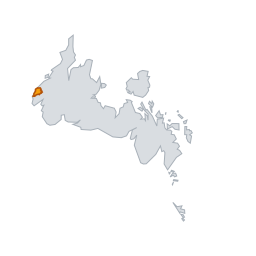 where East Sussex sits in United Kingdom, rotated 135°
{"feature_id": "GBR-2677", "entity_name": "East Sussex", "entity_type": "Administrative County", "adm_level": 1, "iso_a3": "GBR", "parent_name": "United Kingdom", "parent_adm1": "", "projection": "mercator", "projection_center": [0.265, 50.946], "detail": "fine", "context": "in_parent", "style": "filled", "palette": "amber", "viewbox_px": 256, "rotation_deg": 135, "n_neighbors": 0, "source": "natural_earth", "source_scale": "10m", "svg_char_len": 4534}
<svg xmlns="http://www.w3.org/2000/svg" viewBox="0 0 256 256"><g transform="rotate(135 128 128)"><path d="M136.4,203.4L127.0,209.6L124.0,209.2L120.4,206.0L116.7,206.4L118.2,204.8L115.0,203.4L109.3,205.4L106.9,204.0L105.4,200.9L117.6,192.9L119.4,189.1L118.4,187.9L118.1,182.3L111.7,184.3L116.3,178.1L121.8,175.1L126.6,174.4L129.1,176.0L128.4,173.5L129.5,172.9L131.1,175.2L133.0,175.1L129.5,171.3L131.0,167.3L129.7,165.2L131.3,163.0L131.7,159.0L128.4,159.9L123.7,151.7L125.1,147.7L129.8,144.3L124.2,144.4L119.7,147.6L116.4,146.3L113.5,148.0L110.2,146.3L109.2,149.3L106.8,146.1L106.4,143.7L107.6,143.6L111.8,133.7L109.4,129.9L110.2,125.4L112.8,125.2L110.0,123.0L110.4,120.9L105.9,126.2L105.8,122.7L108.3,119.4L104.0,123.6L104.0,128.5L102.1,135.9L99.8,136.4L102.7,127.9L101.4,127.7L102.4,119.1L106.2,109.0L101.1,113.5L95.8,109.8L100.2,107.1L98.8,106.1L101.8,102.0L102.1,99.4L99.5,96.4L99.4,94.6L101.9,93.0L100.1,90.5L101.6,86.1L106.5,86.1L103.7,82.2L104.5,78.7L108.2,78.2L107.3,75.7L108.1,71.8L114.5,73.0L129.6,70.4L127.9,77.0L119.3,84.5L118.8,86.7L120.8,87.4L117.7,92.4L127.0,89.7L140.4,89.8L142.6,91.7L143.6,94.5L135.7,111.4L126.8,116.8L131.5,116.2L134.0,117.7L133.8,119.0L126.2,123.5L121.5,122.1L129.7,124.9L134.6,123.5L139.6,125.9L145.0,132.4L149.6,149.0L155.8,152.8L162.2,160.1L160.9,161.9L164.4,169.6L160.2,167.2L155.9,167.4L159.9,168.0L166.1,174.6L167.0,177.8L163.6,182.5L166.2,184.2L169.3,181.3L177.1,182.1L181.3,185.2L182.3,188.4L180.6,196.6L176.7,199.3L177.1,201.5L171.4,203.6L173.0,204.3L172.9,206.4L167.8,208.3L178.7,210.1L178.5,213.2L174.6,215.6L173.7,217.7L165.4,220.5L154.5,220.5L147.6,218.2L148.5,219.5L140.8,221.2L141.6,222.9L140.8,223.3L130.2,221.3L125.8,222.8L122.7,229.6L117.1,226.9L111.2,228.7L106.9,233.0L101.1,232.4L109.4,224.5L112.8,220.3L113.5,216.8L116.0,215.9L117.2,213.1L128.7,212.8L136.4,203.4ZM97.1,161.3L90.1,161.2L90.2,159.2L86.2,154.7L82.7,159.8L79.6,159.6L76.9,158.3L73.7,153.8L78.0,151.1L76.3,149.1L80.2,147.8L82.2,142.9L83.9,141.6L85.2,142.5L86.9,139.9L92.1,138.8L95.9,139.2L100.4,146.9L98.6,150.2L101.9,149.8L103.1,152.9L102.9,154.0L100.9,152.0L101.0,155.1L102.1,155.3L101.6,157.2L99.2,157.9L97.1,161.3ZM95.1,76.1L93.7,79.8L91.2,81.7L92.6,83.2L86.8,88.8L85.4,87.5L87.9,85.3L85.7,83.6L86.5,82.6L85.3,81.7L86.0,79.1L89.3,79.7L88.7,77.4L94.7,73.2L95.1,76.1ZM95.7,93.9L95.8,97.7L100.9,99.5L97.4,103.2L96.9,100.0L93.7,100.0L88.9,95.1L93.3,90.5L95.7,93.9ZM148.2,27.5L150.4,31.8L151.6,31.2L148.9,43.7L149.0,37.7L144.9,34.8L148.0,33.7L145.9,30.1L148.2,27.5ZM99.7,117.2L93.8,118.2L95.7,114.3L93.8,112.7L96.1,111.2L99.9,114.3L99.7,117.2ZM115.8,173.1L118.7,175.1L115.1,178.3L113.2,176.0L113.0,173.7L115.8,173.1ZM95.9,125.4L96.3,130.7L93.9,131.7L94.0,128.3L91.9,129.9L92.7,126.8L95.9,125.4ZM129.6,60.5L129.4,62.6L132.8,63.6L128.4,64.4L126.3,62.3L127.5,59.6L129.6,60.5ZM107.1,134.7L104.6,134.1L104.2,130.5L106.2,130.0L107.1,134.7ZM151.4,221.8L149.4,223.6L146.0,222.2L148.7,220.4L151.4,221.8ZM97.6,127.6L96.5,126.1L100.3,121.7L99.5,123.9L97.6,127.6ZM84.0,90.2L85.3,91.4L84.3,93.3L80.6,91.9L84.0,90.2ZM83.5,101.8L82.1,101.5L81.8,96.4L83.4,96.6L83.5,101.8ZM151.7,29.7L150.3,27.6L151.1,25.0L152.3,25.8L151.7,29.7ZM133.2,58.7L132.2,59.2L129.6,55.7L130.5,55.2L133.2,58.7ZM128.4,67.0L127.1,67.3L125.9,64.6L127.2,64.7L128.4,67.0ZM154.6,23.0L154.1,25.9L153.0,25.6L153.1,23.0L154.6,23.0ZM136.5,56.9L133.9,57.7L136.7,56.3L136.5,56.9ZM94.2,104.8L93.5,105.0L92.5,103.7L93.7,103.1L94.2,104.8ZM131.3,66.3L130.5,67.8L129.8,66.4L131.3,66.3ZM91.5,111.6L89.9,112.3L92.0,110.8L91.5,111.6ZM81.7,104.8L80.7,105.1L80.3,104.7L81.3,103.7L81.7,104.8Z" fill="#d9dde1" stroke="#a8b0b8" stroke-width="1"/><path d="M172.7,217.7L171.9,217.5L171.5,217.6L170.4,218.7L170.0,218.9L167.6,219.4L167.2,219.6L166.9,219.9L166.9,220.0L166.5,220.2L166.1,220.8L165.7,220.8L165.0,220.6L164.9,220.6L164.5,220.6L164.4,220.5L164.2,220.3L163.5,220.2L163.3,220.2L163.0,219.5L162.5,219.1L162.1,218.8L161.7,218.5L161.7,218.3L161.7,218.1L161.9,217.7L162.1,217.3L162.0,216.9L162.4,216.5L162.5,216.5L162.7,216.8L163.0,216.7L163.1,216.0L163.1,215.8L163.3,215.5L163.3,215.4L163.1,215.4L163.1,215.2L162.8,215.1L162.9,214.8L163.1,214.8L163.3,214.7L163.5,214.5L163.4,214.0L163.8,214.0L164.2,214.0L164.6,213.9L164.8,214.0L164.7,214.5L165.6,214.3L166.1,214.5L166.8,214.3L166.8,214.5L167.1,214.6L167.1,214.9L167.3,214.9L167.5,215.0L167.7,215.3L168.3,215.6L168.4,215.9L169.0,216.1L169.4,216.4L170.4,216.2L170.6,216.2L170.8,216.5L171.5,216.5L171.8,216.6L172.2,217.4L172.3,217.4L172.5,217.3L172.7,217.6L172.7,217.7Z" fill="#f59e0b" stroke="#b45309" stroke-width="1.5"/></g></svg>